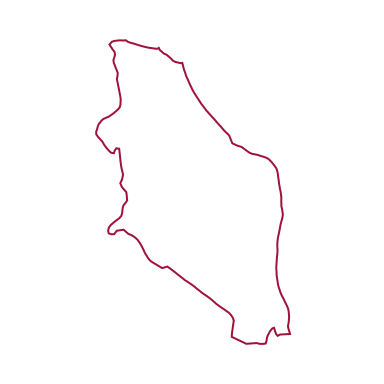 outline of Aslam, Hajjah, Yemen, rotated 173°
{"feature_id": "15242507B36700459789736", "entity_name": "Aslam", "entity_type": "district", "adm_level": 2, "iso_a3": "YEM", "parent_name": "Yemen", "parent_adm1": "Hajjah", "projection": "albers", "projection_center": [43.295, 16.059], "detail": "fine", "context": "isolated", "style": "outline", "palette": "rose", "viewbox_px": 384, "rotation_deg": 173, "n_neighbors": 0, "source": "geoboundaries", "source_scale": "gbopen_adm2", "svg_char_len": 3705}
<svg xmlns="http://www.w3.org/2000/svg" viewBox="0 0 384 384"><g transform="rotate(173 192 192)"><path d="M185.9,321.3L186.8,321.1L189.7,322.0L192.6,323.1L194.9,324.6L196.5,326.9L198.5,329.2L200.5,331.3L202.9,332.7L204.7,334.7L206.7,336.9L207.4,339.1L208.8,338.4L211.7,338.9L214.6,339.8L217.2,340.4L219.8,341.3L222.4,342.3L223.9,342.9L225.4,343.5L228.0,344.7L228.5,344.9L231.3,346.2L234.3,347.4L237.1,348.7L239.3,350.7L240.4,350.7L242.1,350.8L244.9,351.3L247.3,351.4L247.7,351.4L250.4,351.4L253.2,350.9L256.0,348.4L254.5,345.5L253.2,342.7L251.8,340.6L251.7,337.5L252.7,335.0L253.9,332.6L253.9,329.8L251.2,319.3L251.9,315.9L252.8,313.4L252.1,304.1L251.8,299.7L251.5,295.5L251.5,292.8L251.9,290.2L252.4,287.3L253.0,285.9L253.5,284.7L255.6,282.8L257.8,281.3L260.1,279.8L262.8,278.3L265.8,276.8L266.3,276.7L268.4,276.1L271.2,275.2L273.6,273.5L274.7,272.1L276.0,271.2L277.4,268.8L278.5,266.1L279.7,263.6L280.0,260.9L278.5,258.1L276.7,255.5L275.0,253.3L274.1,251.2L273.9,250.6L272.6,248.0L271.1,245.5L269.4,243.1L267.6,240.9L264.9,240.0L263.7,242.4L261.8,244.6L259.0,243.8L259.1,234.9L259.2,232.1L259.2,229.3L259.2,226.6L259.0,223.6L258.6,220.5L258.3,217.6L258.9,215.9L259.8,213.2L262.1,209.5L261.8,208.4L261.0,205.5L257.2,199.8L257.2,197.1L257.3,194.4L257.4,191.5L259.3,189.3L261.4,187.4L262.2,185.9L262.6,185.0L263.3,182.3L263.9,179.6L265.0,177.0L267.3,174.9L269.7,173.5L272.3,172.0L274.5,170.6L276.8,169.0L278.7,167.0L280.0,163.9L279.7,161.1L277.3,159.9L276.3,159.8L274.4,159.6L271.4,162.7L264.5,162.9L260.2,158.1L257.8,156.9L255.5,155.1L253.5,153.2L251.8,151.1L250.4,148.5L249.2,145.9L248.1,143.1L247.1,140.4L246.2,137.3L245.0,134.7L243.7,131.8L242.5,129.8L242.1,129.2L240.0,127.2L230.9,120.1L225.5,121.0L225.1,120.6L222.9,118.6L221.0,116.7L218.7,114.5L216.6,112.3L214.6,110.3L212.0,107.7L209.7,105.3L207.4,103.5L206.7,102.8L204.6,101.0L201.9,98.6L199.2,95.7L197.1,93.6L194.8,91.2L192.2,88.8L190.1,87.0L189.8,86.7L187.5,84.6L185.4,82.4L183.5,80.3L181.6,78.1L179.4,76.0L177.0,73.8L174.4,71.6L172.4,69.7L170.1,67.7L168.4,65.3L166.9,62.5L166.2,59.3L166.9,56.7L167.7,53.9L168.5,50.8L169.3,47.9L170.0,44.7L170.1,43.3L156.6,34.7L146.3,34.2L143.5,33.1L140.4,32.6L137.3,32.6L136.1,35.3L135.4,38.3L134.0,40.7L131.6,44.2L129.1,46.7L127.2,47.2L125.9,40.8L124.5,38.8L121.9,39.8L112.0,39.1L112.9,44.5L113.1,47.3L112.2,49.8L111.5,52.8L110.9,55.7L110.7,58.5L110.6,61.3L110.8,64.4L111.6,67.4L112.8,70.6L113.6,73.2L114.5,75.8L115.6,78.5L116.5,81.7L117.1,84.9L117.7,87.9L117.8,88.5L117.9,90.8L118.0,93.6L118.1,96.9L118.1,99.7L117.8,102.5L117.7,105.2L117.4,107.9L116.8,110.8L116.2,114.0L115.7,116.7L115.0,119.5L114.4,122.4L114.1,125.1L113.9,128.3L113.4,131.3L112.8,134.2L111.9,137.3L110.8,140.3L109.9,143.1L108.9,146.2L108.7,147.0L107.7,149.9L106.6,152.6L105.4,155.6L104.6,158.3L104.6,161.1L104.7,164.2L105.0,167.0L104.7,169.9L104.4,172.9L104.0,175.7L104.0,178.6L104.0,181.4L104.3,184.2L104.4,186.1L104.4,187.3L104.6,190.2L104.5,193.1L104.6,194.8L104.6,196.4L104.6,199.5L104.8,202.3L105.3,204.9L106.7,207.7L108.2,210.2L109.9,212.8L110.2,213.1L112.0,215.4L114.3,217.1L116.9,218.3L119.4,219.4L122.3,220.8L124.4,221.5L125.0,221.7L127.8,222.6L130.3,224.1L132.5,226.1L134.9,228.4L137.3,230.7L141.1,232.3L146.1,235.5L148.2,243.6L150.2,246.1L152.4,248.8L154.2,251.5L155.7,253.8L156.5,254.9L156.6,255.1L157.3,256.0L158.5,257.7L158.9,258.3L160.4,260.6L162.2,263.1L164.3,266.1L165.9,268.4L166.9,269.9L167.7,270.9L169.1,273.5L170.7,276.1L172.1,278.5L173.3,281.0L174.7,283.9L176.0,286.4L177.2,289.0L178.3,291.5L179.4,294.3L180.1,296.7L180.3,297.0L181.2,299.8L182.0,302.5L182.1,303.1L182.9,305.4L183.7,308.0L184.2,310.8L184.7,313.2L184.9,313.8L185.3,316.5L185.6,319.2L185.9,321.3Z" fill="none" stroke="#9f1239" stroke-width="2"/></g></svg>